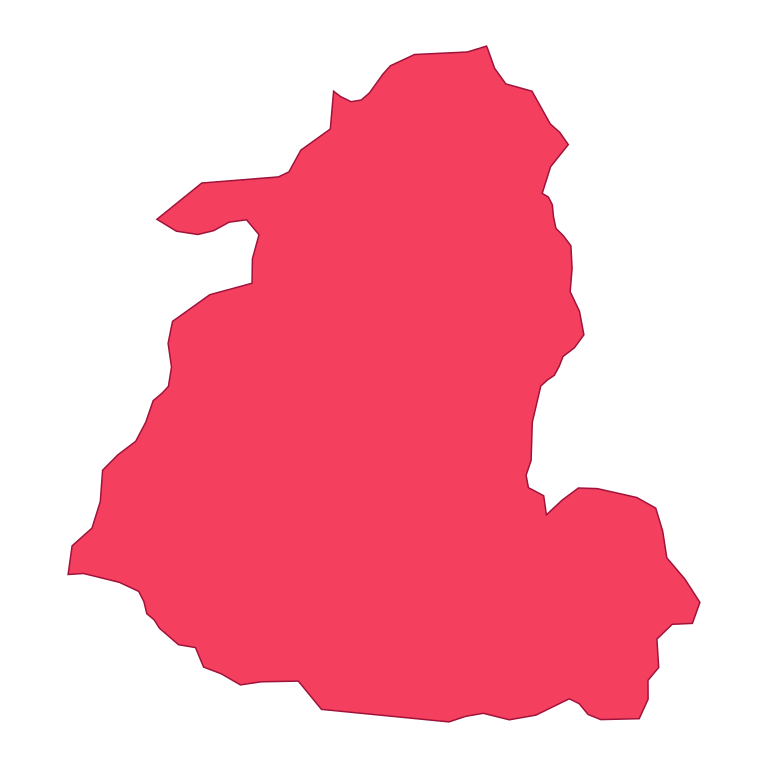 outline of Shida Kartli
{"feature_id": "GEO-3039", "entity_name": "Shida Kartli", "entity_type": "Region", "adm_level": 1, "iso_a3": "GEO", "parent_name": "Georgia", "parent_adm1": "", "projection": "mercator", "projection_center": [44.031, 42.172], "detail": "fine", "context": "isolated", "style": "filled", "palette": "rose", "viewbox_px": 768, "rotation_deg": 0, "n_neighbors": 0, "source": "natural_earth", "source_scale": "10m", "svg_char_len": 1543}
<svg xmlns="http://www.w3.org/2000/svg" viewBox="0 0 768 768"><path d="M333.6,91.2L340.5,96.5L351.0,101.7L361.3,100.0L369.4,92.9L383.1,73.9L390.5,65.7L414.5,54.5L467.2,52.0L486.5,46.1L487.6,48.6L494.6,68.3L505.8,83.9L532.0,91.2L550.3,124.0L559.8,132.4L568.3,144.6L550.6,166.7L542.2,193.4L548.4,197.1L552.3,204.7L553.5,216.7L555.9,228.3L563.3,235.7L570.9,245.8L572.1,268.3L570.2,291.7L579.5,311.4L583.9,334.8L574.4,347.8L563.0,356.5L559.2,366.3L554.3,375.3L547.4,380.0L540.8,386.0L532.3,422.3L531.1,460.5L530.7,461.6L526.1,475.2L528.4,487.6L543.7,495.8L546.4,514.8L553.8,507.9L562.4,499.9L578.4,488.0L597.3,488.6L636.8,497.5L655.7,508.1L657.5,513.9L657.9,515.3L662.7,531.2L666.8,557.8L684.9,579.1L699.9,602.4L692.4,623.4L672.2,624.3L656.9,639.1L658.7,667.5L648.0,680.3L648.1,699.2L639.2,718.7L600.8,719.6L588.1,714.5L579.2,703.7L569.2,698.8L536.0,715.1L509.3,719.8L483.3,713.3L465.9,716.3L448.9,721.9L321.5,709.4L298.3,681.1L261.1,681.8L240.4,684.9L221.4,673.9L203.6,667.1L195.5,647.6L178.5,644.7L159.6,628.4L154.2,619.9L146.8,613.7L143.9,601.6L138.7,591.4L119.2,582.3L83.5,573.5L68.1,574.5L72.1,545.8L92.0,528.1L100.3,501.5L102.6,470.2L117.9,454.8L135.7,441.3L145.8,422.1L153.2,400.6L161.8,393.4L165.0,390.1L165.5,389.5L168.4,386.4L171.5,367.0L168.1,343.4L170.7,330.2L172.6,321.3L183.8,313.3L209.8,294.7L252.0,283.2L252.4,258.8L259.0,234.7L246.5,219.8L229.0,222.2L213.8,230.6L197.8,234.5L176.4,231.2L156.9,219.3L201.8,183.0L278.4,176.9L288.9,171.9L300.9,150.1L330.3,129.0L333.6,91.2Z" fill="#f43f5e" stroke="#9f1239" stroke-width="1.5"/></svg>